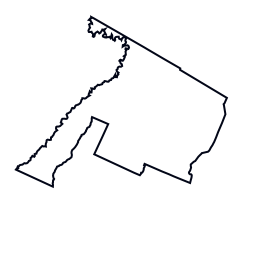 the district of Alto Paraíso, Rondônia, Brazil, rotated 25°
{"feature_id": "56859067B16955929440840", "entity_name": "Alto Paraíso", "entity_type": "district", "adm_level": 2, "iso_a3": "BRA", "parent_name": "Brazil", "parent_adm1": "Rondônia", "projection": "natural_earth1", "projection_center": [-63.561, -9.698], "detail": "fine", "context": "isolated", "style": "outline", "palette": "ink", "viewbox_px": 256, "rotation_deg": 25, "n_neighbors": 0, "source": "geoboundaries", "source_scale": "gbopen_adm2", "svg_char_len": 4577}
<svg xmlns="http://www.w3.org/2000/svg" viewBox="0 0 256 256"><g transform="rotate(25 128 128)"><path d="M204.9,143.3L203.8,143.7L202.9,143.5L202.2,142.9L202.0,142.1L202.3,140.4L202.0,137.9L201.8,137.0L201.0,136.0L200.3,134.5L201.4,131.9L201.8,130.9L202.9,129.5L203.9,124.3L204.8,121.8L205.4,120.4L205.5,119.6L210.0,116.1L210.6,115.6L211.2,114.0L211.4,110.5L211.8,108.0L211.9,105.4L212.0,104.5L211.9,101.4L211.8,99.0L211.4,93.6L211.1,83.8L210.8,79.2L210.5,74.4L209.0,72.2L205.3,66.8L204.6,66.0L205.0,64.9L204.9,58.9L199.0,58.3L150.6,53.3L150.2,51.9L130.8,50.2L112.9,48.5L109.0,48.1L51.0,43.1L47.7,42.9L48.3,43.9L47.5,44.6L46.9,46.6L48.5,46.2L49.3,47.1L51.1,48.1L51.5,48.8L50.2,48.9L49.6,49.5L49.0,50.7L49.8,51.3L50.5,52.6L51.2,53.1L50.9,55.0L51.0,56.5L51.9,57.5L52.8,57.2L54.3,56.2L55.0,56.9L56.5,57.5L57.0,58.4L57.4,59.9L58.4,59.9L58.8,59.1L58.2,56.3L58.5,55.3L59.1,54.4L59.6,53.5L61.0,53.8L62.0,54.4L62.8,53.3L62.9,51.7L63.2,50.9L63.1,49.6L64.4,49.2L65.4,48.1L65.0,50.1L66.2,50.8L66.9,51.4L68.1,52.3L67.3,52.8L66.7,53.3L66.2,54.8L66.6,55.7L68.4,55.7L69.8,55.3L69.7,54.1L70.7,54.6L72.1,53.8L72.9,53.0L74.2,54.0L74.4,53.0L73.7,50.1L74.5,50.6L74.9,51.6L75.9,53.2L76.6,54.0L77.5,54.5L78.3,54.2L79.1,54.5L79.2,53.6L78.4,52.6L78.2,51.7L78.4,50.9L79.3,50.1L81.0,49.2L81.5,50.0L82.3,50.8L83.5,50.8L84.2,50.4L84.9,51.0L84.8,49.5L85.1,48.2L86.7,47.1L88.4,47.3L88.5,49.6L88.9,50.3L89.9,50.9L90.1,51.9L89.4,54.1L88.3,55.0L88.8,56.5L89.6,55.2L90.7,54.5L92.7,53.2L94.0,53.6L95.0,54.8L94.9,56.2L93.9,56.4L93.0,56.6L92.2,56.8L92.4,57.7L93.6,58.1L93.4,59.6L95.1,62.6L94.4,63.6L93.9,64.7L95.1,64.9L95.2,67.6L94.9,69.2L94.3,69.5L93.6,69.2L92.4,69.3L91.9,70.0L91.8,70.8L92.7,71.0L93.6,72.2L94.5,72.7L95.2,72.7L95.8,73.3L96.5,74.3L95.7,75.5L94.2,76.0L93.4,77.0L93.3,77.9L93.7,78.8L93.1,80.3L94.3,81.5L96.1,81.9L95.9,82.9L96.6,83.5L96.1,85.1L96.5,86.6L95.8,86.8L94.4,87.5L94.5,85.9L93.9,84.9L93.7,87.0L93.5,89.0L92.2,90.2L92.4,91.6L91.1,92.6L90.8,94.2L89.8,94.7L87.7,95.1L86.9,95.4L86.9,96.6L85.9,97.8L86.1,99.2L85.2,100.0L84.5,100.5L83.7,101.4L82.5,101.5L82.0,102.8L81.6,103.8L80.7,105.1L81.3,106.2L80.8,107.0L80.1,107.1L79.0,107.2L78.0,107.6L79.1,108.8L79.5,110.1L79.9,111.2L79.0,111.7L77.9,111.1L78.1,112.2L78.0,113.3L78.4,114.8L79.5,114.8L77.8,117.3L77.4,118.5L76.5,119.6L75.4,119.8L74.0,120.3L74.3,121.4L73.9,122.5L74.3,123.8L74.3,125.3L73.8,126.5L73.1,127.8L72.3,128.3L71.8,129.1L71.1,129.6L70.9,130.7L71.1,132.1L70.6,133.2L69.5,133.1L68.9,133.5L69.0,137.8L68.2,138.8L67.7,139.8L66.8,140.5L66.6,141.8L68.1,143.2L68.8,144.0L68.8,145.2L68.0,146.0L66.3,146.5L64.6,147.4L64.4,148.5L64.6,149.5L64.8,151.5L66.0,151.7L66.8,152.0L65.7,154.8L65.2,155.4L64.5,156.0L62.9,156.8L62.5,157.5L63.1,159.2L63.8,159.6L64.8,160.0L63.8,161.8L63.5,162.5L63.3,163.7L63.4,166.1L63.0,167.2L63.0,168.1L62.2,169.0L63.1,171.3L62.1,172.0L60.1,172.5L59.5,173.3L59.6,174.1L60.1,175.2L60.1,176.7L60.7,178.4L61.4,179.5L60.2,179.8L59.3,180.4L57.9,180.5L57.2,182.5L56.7,183.9L56.7,184.8L55.9,186.6L55.6,187.5L55.6,188.6L55.8,190.0L55.0,190.4L54.4,191.1L54.9,192.0L55.4,192.8L55.2,193.7L54.1,193.7L53.2,193.6L52.9,194.4L53.0,195.4L52.4,196.3L52.8,197.2L53.2,198.1L52.9,198.9L52.1,199.7L52.0,200.8L51.8,201.7L51.3,202.6L50.2,203.4L49.1,203.6L48.6,204.2L47.9,205.7L46.2,206.9L45.5,207.6L45.2,209.3L44.4,209.3L44.4,210.5L45.4,211.0L44.9,211.7L44.2,212.2L44.0,213.1L44.8,213.1L84.7,212.9L84.2,211.6L83.6,210.5L83.0,209.8L83.0,208.9L82.5,207.9L82.2,206.9L82.6,206.3L82.6,205.4L81.9,205.0L81.4,204.5L80.8,203.7L80.2,202.9L80.1,202.1L79.7,201.4L79.8,199.9L80.1,198.6L79.8,197.4L79.9,196.4L80.0,195.4L80.1,193.9L80.0,193.0L80.7,192.3L81.4,191.8L81.7,190.8L82.6,190.1L83.5,189.2L83.8,188.4L84.0,186.9L84.7,186.1L85.7,185.2L86.1,184.0L86.3,182.9L87.2,181.5L87.9,180.9L88.5,179.6L89.1,178.5L88.9,177.4L88.7,176.6L88.2,175.6L87.5,174.8L87.0,173.7L86.8,172.7L86.8,171.3L87.2,170.6L87.7,169.3L88.2,167.6L88.5,165.7L88.7,164.5L88.7,163.3L88.8,162.0L88.3,161.0L88.6,159.2L88.8,157.7L88.8,156.3L89.2,155.0L88.8,154.3L89.2,153.5L90.5,152.3L90.8,151.4L91.0,150.1L91.3,148.9L91.0,148.0L91.2,146.7L91.0,145.4L91.3,144.7L92.1,143.8L92.6,143.1L92.5,142.1L92.7,140.9L92.3,140.0L92.1,138.4L92.4,137.6L92.1,136.9L91.6,135.7L91.0,134.5L90.8,133.3L108.4,132.8L108.5,145.7L108.5,152.0L108.5,158.7L108.5,166.1L152.2,166.0L158.7,165.8L159.1,164.2L158.8,163.0L159.7,162.5L159.9,161.6L160.0,160.4L159.8,159.0L159.3,157.8L159.4,156.4L159.2,154.8L158.3,154.9L158.2,153.5L173.1,153.1L177.2,153.0L184.7,152.6L189.8,152.5L196.1,152.2L207.5,151.6L206.9,148.5L206.5,146.1L206.1,144.8L205.7,143.8L204.9,143.3Z" fill="none" stroke="#020617" stroke-width="2"/></g></svg>